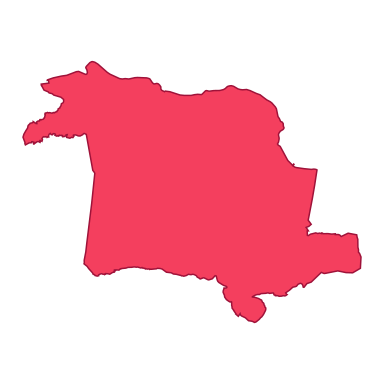 Poncitlán, Jalisco, Mexico
{"feature_id": "50627088B14404540858707", "entity_name": "Poncitlán", "entity_type": "district", "adm_level": 2, "iso_a3": "MEX", "parent_name": "Mexico", "parent_adm1": "Jalisco", "projection": "albers", "projection_center": [-102.942, 20.264], "detail": "fine", "context": "isolated", "style": "filled", "palette": "rose", "viewbox_px": 384, "rotation_deg": 0, "n_neighbors": 0, "source": "geoboundaries", "source_scale": "gbopen_adm2", "svg_char_len": 5823}
<svg xmlns="http://www.w3.org/2000/svg" viewBox="0 0 384 384"><path d="M84.2,260.3L84.3,263.1L84.0,263.8L87.2,266.4L88.7,268.6L92.4,272.7L93.1,273.9L93.1,274.2L93.6,274.4L93.5,274.2L94.9,275.1L95.0,275.5L97.2,276.1L98.7,275.7L98.6,275.0L99.0,274.6L100.4,274.0L101.8,273.7L103.1,274.3L105.1,274.0L105.0,274.4L105.7,274.1L105.8,273.6L108.1,273.8L109.8,274.2L112.5,272.5L114.4,272.1L114.4,271.8L113.9,271.6L114.4,270.8L114.4,270.0L115.8,269.9L115.8,270.4L116.4,269.9L119.0,270.1L120.1,269.0L120.6,268.8L120.6,269.0L122.1,268.5L125.9,268.1L128.0,267.4L131.6,267.3L134.1,266.9L136.6,267.2L137.4,267.0L141.0,268.0L142.0,267.5L142.7,268.1L143.8,268.1L144.2,268.4L145.1,268.4L145.4,269.0L146.3,268.8L147.2,269.1L148.8,268.9L149.6,269.4L149.8,269.1L150.9,269.3L156.4,268.8L157.4,268.3L160.2,268.5L162.2,269.1L166.4,272.2L171.3,272.8L173.4,274.0L176.3,274.3L179.8,275.2L180.8,275.3L181.2,275.7L181.9,275.9L182.4,275.8L183.8,276.2L186.4,275.5L188.4,274.3L191.0,274.7L192.5,274.3L194.0,274.5L196.2,275.6L196.7,276.1L197.1,277.0L199.4,278.3L200.0,278.9L200.6,278.9L203.2,277.8L204.2,277.9L207.8,279.7L208.8,279.9L212.3,278.8L215.1,275.7L216.2,276.0L217.3,280.2L217.8,281.3L218.9,282.5L223.6,285.4L226.4,286.4L226.8,286.8L226.8,287.6L226.3,287.9L225.2,288.0L224.7,288.3L224.1,288.0L223.2,290.9L223.1,292.2L224.0,294.4L224.3,294.8L224.7,297.1L226.4,299.6L228.5,301.1L229.8,301.9L230.7,302.0L231.1,301.7L231.6,302.0L231.7,305.8L232.0,306.3L232.1,308.2L233.7,310.2L233.6,310.4L236.0,313.9L235.8,314.1L238.3,316.3L240.1,313.7L240.4,314.9L241.6,316.0L245.4,317.8L248.5,320.7L251.8,321.2L253.7,321.9L254.2,322.4L254.7,322.4L256.1,321.9L259.3,319.3L260.6,317.7L261.7,316.9L263.4,314.6L265.2,311.1L265.7,309.9L265.8,308.4L265.6,307.6L265.0,307.2L264.5,305.3L264.0,304.9L263.8,303.4L263.3,302.8L262.5,302.3L261.5,300.0L261.0,299.9L258.6,298.5L255.1,297.4L252.4,297.0L252.4,296.7L255.5,295.0L257.5,294.5L259.5,294.5L261.0,293.6L265.9,293.3L266.9,293.0L268.2,292.9L269.6,293.4L272.3,293.0L273.5,293.1L274.0,294.8L274.6,295.1L275.5,295.2L275.5,295.7L277.9,295.7L279.1,296.3L281.9,296.1L283.0,295.7L284.9,295.9L285.8,295.6L287.1,294.6L286.6,294.3L285.7,292.8L289.5,290.2L292.8,287.2L295.5,286.6L296.5,286.2L298.1,284.2L300.4,283.3L301.3,283.6L302.2,284.2L303.0,285.8L303.1,287.0L303.6,287.3L304.1,287.2L306.9,283.6L311.2,282.1L321.3,272.4L324.1,273.5L325.1,273.4L337.8,270.9L346.0,272.6L352.7,272.8L360.4,268.3L361.0,257.0L359.5,253.3L358.5,252.3L358.5,249.8L357.9,247.2L357.8,239.3L357.1,237.2L356.7,234.8L348.1,233.2L341.2,236.5L339.7,235.0L338.2,234.5L335.3,234.6L335.3,233.8L331.7,234.1L327.9,233.6L323.5,233.7L321.9,233.0L321.7,232.3L321.7,233.6L319.4,233.1L317.8,233.5L315.7,232.9L310.4,234.2L308.4,235.6L307.4,235.4L307.2,231.0L308.4,230.9L306.1,227.4L308.8,226.4L311.2,224.3L308.2,220.2L312.3,198.8L314.6,185.5L317.0,169.9L316.3,169.5L315.0,169.2L313.7,169.1L311.4,169.4L304.3,168.7L296.5,167.6L294.7,167.1L292.8,165.8L294.0,164.5L293.7,164.1L292.7,165.4L287.8,160.5L280.2,146.4L278.2,145.1L277.5,144.0L278.5,142.1L279.1,139.0L279.1,137.9L278.6,135.7L278.5,134.4L278.8,133.4L280.3,131.2L282.8,129.7L283.5,129.0L284.0,128.0L283.9,127.3L283.4,126.5L283.2,123.6L282.3,122.2L280.6,121.4L279.3,118.5L278.0,116.6L276.4,108.8L275.4,107.0L271.9,103.0L270.2,101.7L266.6,99.8L260.1,94.8L256.2,93.4L250.1,90.6L246.6,89.5L242.5,89.8L240.2,89.5L238.0,88.9L233.6,86.3L231.4,85.7L230.0,85.8L228.2,86.2L227.2,86.7L225.2,88.6L223.4,89.6L219.8,90.5L213.9,90.6L209.1,91.2L206.6,90.6L205.9,90.7L205.3,91.0L202.2,94.1L201.3,94.6L197.7,94.3L194.4,94.7L191.2,95.4L184.2,95.4L180.0,95.0L169.8,91.7L165.3,91.1L164.5,91.7L161.7,90.3L160.9,89.1L160.8,86.8L159.7,85.2L158.4,83.9L156.9,83.4L154.6,83.9L153.6,83.8L152.3,82.6L149.9,79.0L149.0,78.5L146.8,77.9L137.6,77.5L134.8,77.7L128.8,79.0L125.2,78.6L122.3,79.0L119.6,78.6L110.0,74.2L107.2,72.3L97.9,64.1L94.8,62.2L92.5,61.6L91.6,61.7L89.9,62.6L86.5,66.2L85.9,67.1L85.8,67.8L86.9,69.9L87.4,72.5L86.9,73.9L86.2,74.3L85.3,74.3L78.6,71.4L76.3,71.7L66.8,75.3L61.3,76.1L53.2,77.9L47.4,79.9L47.3,80.3L48.4,80.1L48.9,83.1L41.2,84.1L41.3,85.1L41.5,85.1L41.6,85.6L41.8,85.5L42.2,86.7L44.0,90.1L48.3,91.9L48.8,92.7L49.4,93.0L52.2,93.7L53.8,95.1L60.9,97.2L63.6,99.5L63.6,101.6L63.3,102.4L62.9,102.9L61.4,103.7L61.0,105.7L59.9,107.4L59.8,108.0L58.2,108.8L57.9,110.3L57.2,110.8L56.8,111.7L56.1,111.7L55.3,112.4L54.6,112.4L54.1,112.9L53.3,112.5L52.1,113.2L49.5,112.6L48.5,112.9L47.5,112.4L46.0,113.1L45.3,113.0L45.1,113.3L45.4,113.7L45.3,114.1L44.9,114.3L45.2,115.4L44.9,115.8L44.7,117.3L44.1,117.9L44.2,118.2L43.1,119.3L41.8,119.5L41.1,119.9L40.6,119.8L40.2,119.5L39.9,119.6L39.5,120.9L38.1,121.0L36.9,121.7L36.6,122.1L36.9,123.6L36.1,123.6L35.8,123.2L35.0,123.0L34.9,122.7L33.2,121.6L33.2,122.3L32.6,122.7L30.1,123.3L29.8,123.9L28.4,125.2L28.0,125.9L27.6,128.0L25.8,130.8L23.9,134.2L23.0,137.2L25.0,142.6L24.9,143.7L25.4,144.9L29.1,142.9L31.4,142.7L31.7,141.7L32.9,141.7L33.2,142.0L33.6,144.0L34.0,144.1L34.9,142.5L35.4,143.0L36.9,141.8L37.6,141.6L38.9,141.7L40.0,142.4L40.2,141.9L39.7,140.8L40.1,140.4L40.8,141.2L41.8,141.0L42.0,141.2L42.5,139.7L41.9,138.7L42.9,137.2L43.7,136.7L45.0,137.0L45.6,136.7L47.0,137.0L47.1,137.4L47.5,137.2L47.7,136.8L48.7,137.0L48.6,135.7L49.1,134.3L50.2,133.4L51.2,134.6L52.0,134.8L52.4,134.8L52.9,134.1L53.2,134.0L53.2,133.7L53.9,133.6L54.9,133.9L55.4,134.3L54.9,135.2L56.5,136.1L57.7,135.8L57.7,136.0L58.6,136.1L58.7,135.6L59.6,135.2L59.9,135.5L61.3,135.3L62.5,135.5L62.3,136.5L62.7,136.8L64.5,136.5L64.9,136.2L65.9,135.8L66.0,135.4L66.4,135.1L66.2,134.9L66.5,134.7L67.2,134.6L66.5,136.7L66.6,137.4L69.9,138.2L71.6,137.3L72.9,137.6L73.9,136.2L73.3,135.5L73.4,135.1L75.4,134.9L77.2,135.4L78.1,135.9L80.1,136.0L82.7,134.7L83.4,133.8L84.0,133.5L84.4,133.5L86.3,134.4L92.8,170.4L94.0,171.9L94.8,173.3L91.7,203.3L86.9,242.3L85.8,251.9L84.2,260.3Z" fill="#f43f5e" stroke="#9f1239" stroke-width="1.5"/></svg>